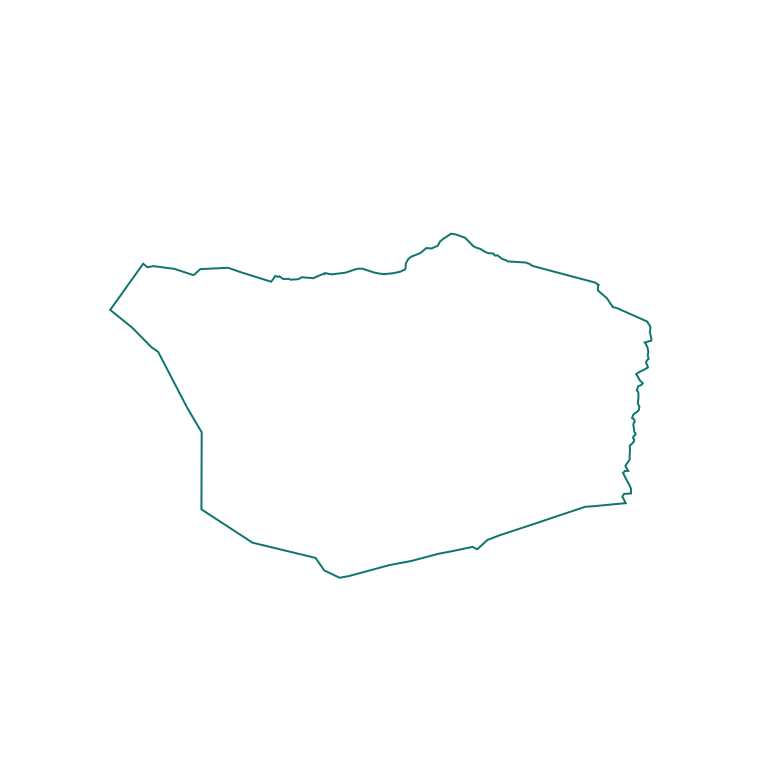 the district of Santiago Yolomécatl, Oaxaca, Mexico, rotated 128°
{"feature_id": "50627088B72643928599423", "entity_name": "Santiago Yolomécatl", "entity_type": "district", "adm_level": 2, "iso_a3": "MEX", "parent_name": "Mexico", "parent_adm1": "Oaxaca", "projection": "natural_earth1", "projection_center": [-97.594, 17.466], "detail": "fine", "context": "isolated", "style": "outline", "palette": "teal", "viewbox_px": 768, "rotation_deg": 128, "n_neighbors": 0, "source": "geoboundaries", "source_scale": "gbopen_adm2", "svg_char_len": 2590}
<svg xmlns="http://www.w3.org/2000/svg" viewBox="0 0 768 768"><g transform="rotate(128 384 384)"><path d="M172.8,215.2L180.8,247.3L182.6,251.2L182.0,252.1L181.3,255.0L179.2,261.0L178.6,272.8L177.4,274.0L175.8,275.1L174.9,275.8L173.8,275.8L174.1,280.1L199.4,339.4L199.7,340.3L199.7,343.0L200.7,345.7L200.9,346.9L211.3,362.1L211.4,364.2L212.3,366.8L212.7,368.6L212.7,370.4L212.8,374.1L214.3,375.2L214.4,376.9L213.9,377.6L214.3,378.9L216.6,382.2L217.6,385.3L218.1,390.3L218.4,391.6L220.1,396.4L220.4,398.8L218.8,410.0L221.8,419.2L224.3,423.7L233.6,426.8L237.3,427.6L241.9,426.7L247.9,430.0L250.9,434.4L256.0,435.4L258.6,436.1L263.8,439.1L267.1,441.1L270.5,441.8L275.7,441.0L278.7,438.8L280.8,437.9L285.6,440.4L291.4,445.3L297.4,451.6L300.3,456.5L302.6,461.3L304.2,466.0L305.4,469.0L306.0,471.1L306.6,472.2L307.6,473.5L309.0,475.2L311.1,477.1L319.9,482.8L329.8,492.7L332.9,498.7L333.9,498.6L333.8,499.0L334.5,499.6L343.6,504.6L344.1,504.7L350.5,514.6L352.9,515.4L354.4,516.3L359.2,521.7L359.9,523.9L363.3,528.1L363.6,532.7L363.9,532.7L364.8,533.4L365.1,534.1L365.4,535.3L366.0,536.3L367.6,536.0L368.1,536.0L372.9,535.9L383.8,565.0L388.5,578.5L406.6,599.5L414.6,600.8L415.6,601.4L422.3,620.0L433.1,638.3L437.6,642.3L437.5,647.8L452.0,647.2L456.0,647.0L461.7,646.8L466.1,646.6L468.8,646.5L474.0,646.2L489.9,645.6L494.2,645.4L494.6,617.6L498.2,589.9L497.7,581.8L523.6,525.1L534.0,498.8L534.3,497.9L595.2,450.7L591.5,407.4L590.0,389.9L564.1,332.9L563.2,330.7L567.7,316.3L564.0,299.7L557.1,293.5L549.5,287.8L523.4,268.3L506.5,253.4L484.3,236.6L473.7,227.3L457.8,213.9L456.9,208.8L443.3,206.5L432.4,200.0L416.5,189.4L400.7,178.8L393.1,173.8L380.3,165.4L356.7,149.7L351.8,144.2L329.1,120.2L325.9,127.0L322.8,127.1L318.2,122.0L314.3,125.1L312.3,128.9L308.9,136.7L306.9,140.9L304.3,140.7L302.2,138.1L299.9,143.4L295.4,143.7L292.0,144.0L289.8,145.9L285.1,149.2L281.1,152.4L278.9,151.9L275.6,151.6L274.0,152.3L273.2,154.5L272.0,155.1L270.7,155.0L269.0,154.7L268.1,155.3L267.8,157.1L264.9,160.0L263.0,162.1L261.1,163.2L259.6,163.0L258.0,164.8L258.1,167.5L255.1,168.6L253.1,168.5L250.6,167.5L247.5,167.2L244.5,168.9L243.3,171.8L240.7,173.5L237.9,175.2L234.0,178.5L233.3,180.9L229.2,182.3L226.2,180.6L224.0,180.6L223.7,184.5L222.0,188.4L221.0,191.4L216.9,190.0L212.8,187.9L208.5,186.2L206.8,188.7L205.9,190.6L204.8,191.2L203.8,191.2L202.9,191.3L202.3,191.2L201.3,190.9L199.0,193.9L196.2,195.3L193.3,198.4L191.5,201.7L190.8,204.1L185.3,200.1L183.9,201.0L181.9,203.3L180.7,204.8L179.9,206.2L177.4,207.5L175.2,209.1L174.1,211.1L173.9,211.9L172.8,215.2Z" fill="none" stroke="#0f766e" stroke-width="2"/></g></svg>